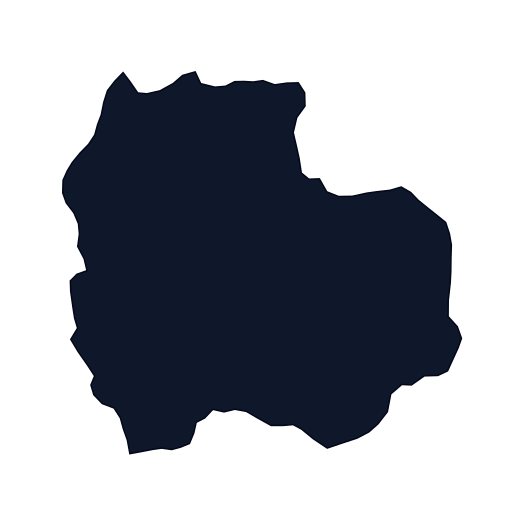 Martins Soares, Minas Gerais, Brazil (Robinson projection), rotated 352°
{"feature_id": "56859067B78422669955960", "entity_name": "Martins Soares", "entity_type": "district", "adm_level": 2, "iso_a3": "BRA", "parent_name": "Brazil", "parent_adm1": "Minas Gerais", "projection": "robinson", "projection_center": [-41.844, -20.255], "detail": "fine", "context": "isolated", "style": "filled", "palette": "ink", "viewbox_px": 512, "rotation_deg": 352, "n_neighbors": 0, "source": "geoboundaries", "source_scale": "gbopen_adm2", "svg_char_len": 1549}
<svg xmlns="http://www.w3.org/2000/svg" viewBox="0 0 512 512"><g transform="rotate(352 256 256)"><path d="M149.9,55.9L140.7,63.1L132.0,71.5L126.7,82.6L122.4,94.8L117.5,103.7L113.2,113.7L105.8,122.1L96.2,129.5L87.2,137.8L81.1,145.2L75.5,154.1L73.4,166.6L75.5,176.9L81.7,187.9L84.7,199.2L84.2,209.6L80.8,221.8L85.5,234.8L86.6,247.0L76.1,249.2L68.7,254.8L67.6,265.4L67.6,281.5L67.8,292.6L69.3,302.6L61.0,312.8L66.7,326.2L74.0,340.6L79.5,352.3L74.6,360.8L76.1,370.8L83.2,380.7L94.3,386.8L99.2,397.5L100.6,408.5L103.0,420.3L103.6,434.2L115.1,433.7L126.7,433.1L135.8,433.1L145.6,435.9L154.6,434.8L164.0,432.4L169.7,422.7L173.6,412.4L182.7,409.2L191.9,401.8L202.6,405.9L213.7,404.8L224.8,408.5L234.8,416.4L247.4,425.9L259.7,427.6L269.3,428.1L277.0,433.7L287.2,444.8L299.8,456.1L314.6,453.3L330.7,450.4L343.3,445.9L353.4,439.2L364.4,428.5L370.2,411.4L382.4,403.5L392.0,405.3L406.0,398.1L419.5,399.6L429.7,396.4L436.9,385.1L443.3,375.1L448.0,366.2L445.5,354.0L437.8,342.7L440.2,326.7L444.6,309.5L446.7,298.7L448.9,284.3L451.0,272.2L450.6,260.9L448.5,249.2L441.8,242.0L432.7,232.4L424.4,223.5L418.0,214.6L409.4,207.9L397.7,209.6L384.3,209.2L374.2,209.2L359.7,210.3L346.1,208.6L335.0,202.3L329.5,188.4L319.0,187.3L312.4,180.1L312.2,165.1L311.3,153.4L310.0,138.9L315.6,124.5L325.4,114.3L326.9,101.1L322.0,90.4L310.7,89.1L298.3,89.1L287.2,83.3L277.4,83.3L268.3,81.5L259.1,80.4L249.5,83.7L238.8,83.1L225.2,77.6L221.4,65.2L208.4,67.0L198.1,73.7L183.8,79.1L170.6,80.2L161.6,78.1L155.7,66.3L149.9,55.9Z" fill="#0f172a" stroke="#020617" stroke-width="1.5"/></g></svg>